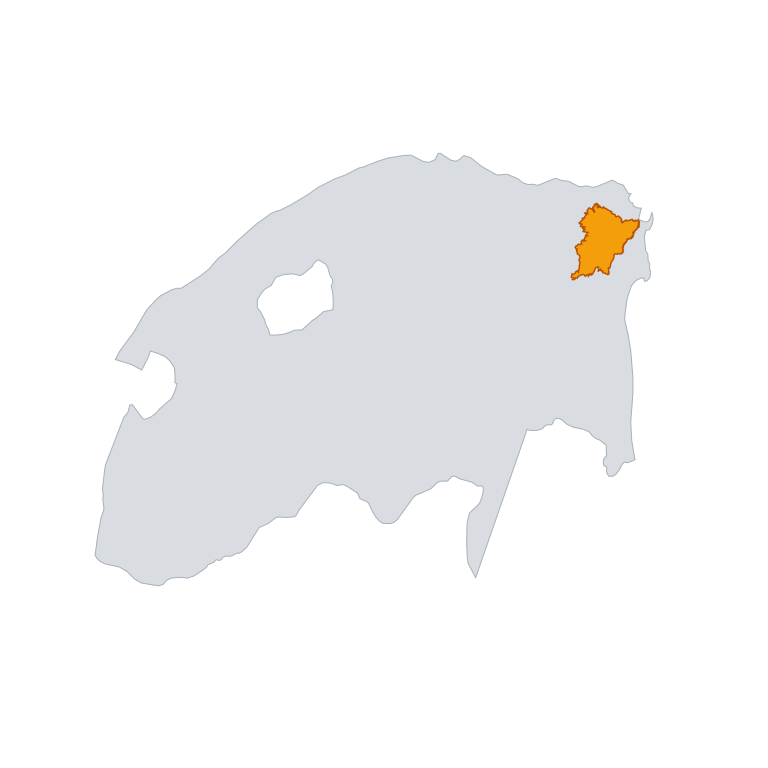 location of Cape Winelands, Western Cape, South Africa, rotated 199°
{"feature_id": "47623444B8262601395586", "entity_name": "Cape Winelands", "entity_type": "district", "adm_level": 2, "iso_a3": "ZAF", "parent_name": "South Africa", "parent_adm1": "Western Cape", "projection": "equal_earth", "projection_center": [19.211, -33.151], "detail": "fine", "context": "in_parent", "style": "filled", "palette": "amber", "viewbox_px": 768, "rotation_deg": 199, "n_neighbors": 0, "source": "geoboundaries", "source_scale": "gbopen_adm2", "svg_char_len": 9234}
<svg xmlns="http://www.w3.org/2000/svg" viewBox="0 0 768 768"><g transform="rotate(199 384 384)"><path d="M531.5,119.7L548.9,116.8L556.7,118.5L565.9,123.1L574.6,124.8L589.4,123.1L594.5,123.9L598.5,125.5L601.4,128.0L605.1,146.3L608.1,166.1L607.8,172.4L608.2,174.9L612.2,183.2L613.6,188.4L615.9,192.6L620.5,213.5L621.0,217.1L619.2,267.6L616.9,273.6L617.5,281.5L615.0,282.5L600.7,272.5L598.2,272.9L593.9,276.6L589.9,282.5L588.0,287.5L580.2,301.0L579.4,309.6L579.7,316.9L582.2,317.2L583.7,322.5L587.4,330.9L593.9,336.2L600.1,338.7L608.7,339.3L615.6,339.1L615.5,333.5L617.6,318.3L629.0,320.2L646.0,319.7L644.4,329.5L637.4,351.9L632.4,377.1L626.8,389.7L623.8,395.0L615.2,404.2L610.8,407.2L607.1,408.3L592.4,426.9L586.8,435.9L581.7,448.9L576.8,456.0L569.4,471.3L556.8,493.7L546.3,508.4L541.7,512.6L538.7,514.5L530.5,523.0L518.9,536.7L510.0,548.8L496.8,562.4L489.3,568.4L477.9,580.2L474.8,581.9L462.1,592.8L453.1,599.4L438.5,607.1L432.7,609.2L419.2,607.2L413.5,608.3L408.6,612.9L408.0,619.5L406.0,620.5L393.6,617.4L388.4,618.0L385.3,621.5L382.8,626.0L375.7,626.2L363.0,621.6L348.1,618.8L344.6,618.4L337.3,621.9L334.8,622.4L324.2,621.6L318.4,619.5L312.8,619.5L308.4,621.3L303.2,621.9L289.0,634.3L281.7,634.3L275.5,635.8L264.4,634.1L261.1,634.9L257.7,637.1L250.2,638.0L247.2,639.9L234.4,651.2L229.2,650.0L222.6,649.9L215.1,643.8L212.2,644.2L213.0,642.4L213.2,639.2L210.6,635.9L207.6,636.1L206.1,633.4L201.6,633.1L197.9,634.0L197.1,623.5L195.4,622.4L190.9,622.2L188.7,622.6L187.6,623.5L186.4,625.9L186.5,633.3L184.9,631.2L183.1,626.8L182.5,622.1L183.1,616.6L186.5,614.5L185.5,607.5L180.1,595.3L176.9,592.7L174.3,586.5L171.8,584.2L170.7,579.9L168.2,576.3L167.3,570.8L168.7,567.6L170.8,565.9L173.1,568.7L175.8,567.6L179.7,563.6L182.0,557.5L182.1,547.7L181.5,541.6L178.3,525.9L176.8,522.2L169.7,510.9L161.5,495.7L151.0,471.7L145.9,457.2L138.2,428.0L131.4,411.3L123.1,395.8L122.0,394.8L123.2,392.9L127.6,389.3L129.6,388.3L130.7,388.8L131.7,387.8L132.7,385.4L133.4,379.8L135.4,374.1L137.2,371.6L141.1,369.9L144.1,372.1L145.3,374.2L145.9,377.1L147.2,378.4L149.3,378.3L150.8,380.1L151.7,383.6L151.5,386.2L150.3,387.8L150.5,389.9L152.0,392.5L153.7,398.2L161.7,401.2L166.2,401.5L170.5,403.0L174.5,405.5L181.1,406.1L190.2,404.8L197.8,405.4L203.7,407.9L208.0,408.4L210.7,406.8L211.8,404.5L211.5,401.6L212.8,399.7L215.8,398.9L218.2,396.7L220.0,393.0L224.1,390.0L230.7,387.7L233.9,387.8L234.3,230.8L246.0,241.7L248.7,246.7L254.4,261.5L260.2,279.7L261.1,288.5L260.9,290.4L254.8,302.3L254.6,308.2L255.2,315.1L256.6,318.5L258.3,319.6L262.5,317.9L268.9,319.8L281.2,319.0L287.3,319.9L288.8,319.3L290.2,317.8L291.9,313.7L293.3,312.4L299.0,310.5L301.6,308.2L305.7,300.0L317.9,289.0L319.3,286.4L327.3,260.1L329.6,256.3L333.1,253.8L339.8,251.9L343.7,252.9L347.9,255.2L352.7,259.1L359.7,266.2L362.2,267.3L369.3,267.6L373.7,272.3L387.0,275.5L390.9,275.3L395.1,272.8L401.9,272.9L409.4,271.1L413.9,266.4L423.1,237.6L424.2,231.3L425.2,229.5L432.3,226.2L440.9,223.7L442.7,222.4L448.2,214.3L455.3,207.7L460.7,184.5L464.0,179.0L466.0,176.7L467.3,176.6L469.1,175.2L471.5,172.3L474.3,170.6L477.5,169.9L479.7,168.0L480.7,164.9L482.4,163.4L484.7,163.5L486.1,162.5L486.5,160.4L491.9,155.4L492.0,153.4L495.1,148.5L501.2,140.6L506.9,136.3L512.1,135.4L521.8,131.4L525.4,127.7L527.7,122.6L531.5,119.7ZM506.1,458.5L514.6,454.7L521.0,449.7L522.7,440.5L527.6,434.8L529.6,429.6L531.1,422.3L528.6,414.7L524.7,412.5L517.9,405.9L514.9,401.5L510.8,397.8L507.9,393.3L502.9,394.7L495.3,398.3L490.5,401.7L486.4,405.6L479.2,408.4L472.3,420.9L470.0,423.7L464.6,432.8L457.0,437.3L456.8,438.9L459.1,446.3L462.3,453.7L465.8,459.7L465.5,463.4L466.7,466.3L469.9,468.3L475.1,475.8L477.8,478.2L486.0,480.0L487.3,479.5L489.7,475.1L490.1,471.9L495.9,462.2L498.4,459.2L506.1,458.5Z" fill="#d9dde1" stroke="#a8b0b8" stroke-width="1"/><path d="M247.7,575.5L245.9,573.9L245.3,574.3L245.4,573.2L245.1,572.3L244.7,572.1L243.4,569.9L242.1,569.7L240.9,569.1L239.9,567.7L240.0,565.0L239.7,564.2L238.5,563.2L238.3,561.9L237.7,560.2L237.9,559.6L237.1,557.4L237.1,556.3L236.6,553.0L238.2,554.0L239.4,552.3L239.2,551.1L240.9,549.1L242.0,549.4L241.8,547.0L241.6,545.9L239.3,546.0L239.8,544.2L238.9,544.3L238.4,544.5L237.7,545.3L237.5,546.1L237.3,546.6L237.2,546.9L236.8,546.9L235.8,547.0L235.3,548.9L234.3,550.2L233.1,551.1L232.2,552.2L230.2,552.4L229.4,551.7L228.4,551.5L228.0,552.9L226.8,553.6L225.9,552.5L225.7,553.6L225.0,554.0L225.7,554.9L224.8,555.4L224.1,555.8L223.8,555.4L223.4,554.7L222.3,556.1L222.5,557.4L221.9,559.2L222.0,560.0L221.8,562.6L221.2,563.4L219.4,564.4L218.5,561.9L218.1,560.0L218.0,560.4L218.1,560.6L217.8,561.3L217.5,561.5L217.3,561.7L217.1,561.7L217.1,561.9L217.1,562.5L216.7,563.0L216.6,562.5L216.0,562.3L215.3,561.7L214.5,561.8L214.1,562.1L213.6,560.7L212.9,560.4L211.7,560.6L211.2,560.9L209.9,560.4L209.3,560.5L207.9,560.3L207.6,560.8L207.9,561.6L207.3,561.6L207.4,562.3L208.1,563.5L208.3,564.1L209.4,566.0L209.5,566.8L208.3,567.1L208.3,569.5L208.7,570.8L208.8,572.5L207.8,577.3L208.1,579.4L208.5,580.4L208.4,581.7L207.5,582.3L205.8,582.6L204.7,583.7L204.6,583.8L203.6,583.8L203.2,583.9L202.4,584.2L201.6,584.8L201.7,585.2L201.7,585.7L201.2,585.9L201.2,586.0L200.9,586.2L200.9,586.3L201.2,586.2L201.4,586.3L201.3,586.5L201.7,587.1L201.7,587.6L201.4,587.8L201.5,588.1L201.3,588.4L201.5,588.5L201.5,588.9L201.8,588.9L201.9,589.0L202.0,589.3L202.3,589.6L202.2,589.8L202.4,590.0L202.7,590.3L202.7,590.5L202.9,590.6L202.9,590.9L202.5,590.8L202.3,591.1L202.4,591.5L202.6,591.5L202.4,592.0L202.6,592.3L202.8,592.5L202.6,592.8L202.8,593.0L202.7,593.1L202.7,593.3L202.5,593.6L202.8,593.7L202.7,594.0L202.8,594.2L202.7,594.3L202.3,594.4L202.3,594.5L202.5,594.6L202.3,594.7L202.0,595.3L202.1,595.6L201.8,595.6L201.7,595.6L201.7,595.9L201.8,596.2L201.6,596.4L201.5,596.5L201.4,596.7L201.6,596.9L201.6,597.0L201.2,597.1L201.1,597.3L201.1,597.9L201.0,598.2L201.2,598.5L201.0,598.8L201.2,599.4L200.9,599.5L201.0,599.8L201.1,600.3L200.3,600.6L199.9,600.6L199.7,601.5L198.8,601.6L198.6,601.4L198.0,601.7L198.1,602.2L198.0,602.8L197.4,602.4L196.9,603.5L196.5,604.2L197.5,604.4L196.9,605.7L196.6,605.9L196.7,606.6L196.7,607.0L196.8,607.1L197.0,607.2L197.2,607.3L197.3,607.3L197.2,607.0L197.5,607.1L197.5,607.4L197.4,607.7L197.9,608.3L197.1,608.4L197.2,609.2L196.5,609.5L197.1,610.1L196.7,610.8L196.4,611.0L196.5,611.5L195.9,611.9L195.9,612.2L195.4,612.3L195.4,612.9L195.2,613.3L195.2,613.9L195.4,614.3L195.4,614.7L195.2,614.4L194.9,614.7L194.3,614.9L194.3,615.0L194.2,615.1L194.0,615.9L194.5,616.0L195.0,616.3L195.1,616.5L195.0,616.4L195.0,616.5L194.9,616.6L194.7,617.5L194.8,617.5L194.7,617.6L194.8,617.7L194.7,617.7L194.6,617.8L195.0,618.4L195.2,618.5L194.9,618.6L195.4,619.3L195.2,619.3L195.2,619.5L195.2,619.8L195.1,620.0L195.3,620.2L195.5,620.5L195.6,620.4L195.7,620.6L195.9,620.7L195.8,620.8L196.3,621.1L196.5,621.3L197.0,621.3L197.1,621.7L197.3,621.4L197.3,621.2L197.0,621.2L197.4,620.7L197.6,620.8L197.9,620.8L198.0,621.0L198.8,620.6L198.7,620.6L198.8,620.5L198.8,620.4L198.7,620.4L198.9,620.4L199.0,620.3L199.1,620.5L199.3,620.4L199.5,620.5L199.5,620.3L199.7,620.1L199.9,620.1L200.6,619.6L200.5,619.4L200.6,619.2L200.8,619.1L201.3,619.2L201.6,619.4L201.9,619.7L202.1,619.9L202.6,620.5L203.9,619.9L204.3,619.4L206.9,617.5L207.5,617.3L208.1,617.9L208.9,616.9L209.4,617.0L210.6,614.9L211.2,615.0L211.0,614.3L211.6,614.1L212.2,614.5L212.6,615.5L212.7,616.4L212.9,616.9L213.1,617.1L213.4,617.3L213.8,617.2L214.2,617.9L215.4,618.5L217.1,619.1L218.7,617.9L219.5,617.8L220.5,619.1L221.2,619.6L221.8,619.4L222.8,619.2L223.7,619.4L224.1,619.4L224.7,621.0L225.1,621.1L225.7,620.7L226.4,621.3L228.1,621.3L229.4,621.7L230.4,621.8L231.0,622.2L231.9,622.2L233.5,622.3L233.6,622.6L234.1,622.9L234.2,621.7L234.9,621.5L236.4,621.7L238.3,621.5L238.3,621.3L238.6,620.9L238.9,620.7L239.2,620.7L239.4,620.3L239.7,620.5L240.0,620.7L239.9,621.0L240.1,621.2L240.2,621.7L240.1,622.3L238.5,622.3L238.5,622.2L238.4,622.3L238.2,622.4L238.3,622.5L238.2,622.6L239.7,623.0L240.0,623.2L240.2,622.7L241.0,623.0L240.8,623.2L240.7,623.6L241.5,623.9L241.6,623.4L242.3,623.4L242.2,622.8L242.9,622.8L243.3,622.2L243.2,622.2L242.9,622.3L242.7,622.3L242.8,622.0L242.7,621.9L242.7,621.7L243.1,621.5L243.0,621.1L242.8,621.1L242.7,620.8L242.5,620.7L242.9,620.8L243.0,620.5L243.4,620.3L243.3,620.0L243.3,619.6L243.4,619.3L243.6,619.1L243.9,619.1L243.7,618.8L244.0,618.0L243.1,617.6L242.9,617.5L242.7,617.2L242.7,617.3L241.9,616.7L240.9,615.5L241.2,614.9L243.9,617.0L247.4,617.3L248.1,615.2L248.4,614.8L248.4,614.5L248.4,614.1L248.2,614.0L247.6,613.2L247.6,612.4L247.4,611.9L247.6,611.7L247.1,611.3L247.7,611.3L247.9,611.1L248.4,611.4L248.4,611.6L248.8,611.8L249.8,611.0L247.8,609.8L248.6,607.9L248.5,606.0L249.5,606.0L250.5,605.1L249.5,604.2L251.8,600.1L251.8,599.7L251.0,599.7L250.9,599.3L248.8,599.7L248.7,599.1L249.5,598.5L249.4,597.0L246.2,597.7L244.4,598.0L245.9,596.9L247.0,596.6L247.2,596.4L246.9,595.9L246.6,595.8L246.1,595.4L244.4,595.5L244.8,594.6L244.7,594.2L244.9,594.2L245.3,593.7L245.4,593.0L241.7,593.5L240.5,593.6L241.4,590.7L240.3,590.4L241.8,590.0L241.3,588.8L241.7,588.1L241.6,587.7L241.7,586.8L242.0,585.7L240.8,585.1L240.3,585.0L241.8,584.1L243.5,584.5L243.9,582.9L242.7,580.6L243.4,580.7L244.4,579.4L245.9,579.4L246.3,577.7L247.3,577.1L247.5,576.8L247.7,575.5Z" fill="#f59e0b" stroke="#b45309" stroke-width="1.5"/></g></svg>